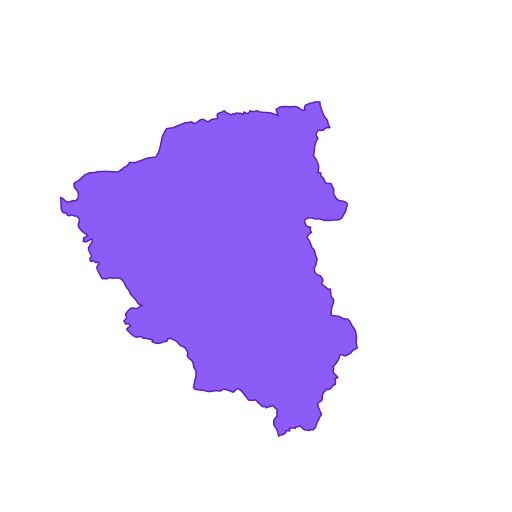 outline of Lac Son, Hòa Bình, Vietnam, rotated 141°
{"feature_id": "81297802B21968879828656", "entity_name": "Lac Son", "entity_type": "district", "adm_level": 2, "iso_a3": "VNM", "parent_name": "Vietnam", "parent_adm1": "Hòa Bình", "projection": "equal_earth", "projection_center": [105.433, 20.499], "detail": "fine", "context": "isolated", "style": "filled", "palette": "violet", "viewbox_px": 512, "rotation_deg": 141, "n_neighbors": 0, "source": "geoboundaries", "source_scale": "gbopen_adm2", "svg_char_len": 6151}
<svg xmlns="http://www.w3.org/2000/svg" viewBox="0 0 512 512"><g transform="rotate(141 256 256)"><path d="M248.5,410.2L253.5,407.9L261.3,401.5L267.3,397.3L268.5,397.3L270.7,396.0L271.6,395.9L278.6,400.4L291.0,404.5L295.3,408.2L299.9,407.1L303.0,408.0L304.7,407.7L307.4,408.0L310.2,407.9L319.2,416.1L325.6,420.9L328.8,422.4L333.3,425.6L335.6,425.9L337.2,426.8L345.2,426.3L346.9,426.4L350.8,427.1L352.1,426.7L353.6,424.3L354.1,422.8L353.8,420.3L353.9,419.0L354.1,417.8L355.1,415.9L356.7,413.9L358.9,412.6L360.2,412.4L361.9,412.8L364.0,414.8L365.9,414.7L368.7,416.6L369.4,418.1L370.0,422.3L371.0,424.3L377.8,414.9L378.2,413.9L378.5,411.7L378.3,410.4L376.4,408.6L376.8,406.2L376.6,405.7L375.7,404.8L374.0,404.2L372.8,403.1L371.9,401.2L370.3,400.0L369.9,397.6L370.0,396.5L370.7,394.9L374.4,392.3L375.3,390.9L375.6,389.5L375.7,387.6L375.7,384.9L374.2,379.3L374.2,377.4L375.1,377.9L376.1,377.9L378.8,378.6L379.6,377.0L380.8,376.4L380.9,375.9L379.4,374.1L378.5,373.7L373.0,372.8L372.8,372.1L373.5,371.1L375.6,369.5L377.5,369.5L378.6,368.3L380.2,368.3L380.9,367.9L381.9,366.6L382.5,365.1L383.8,359.7L384.1,359.2L384.5,358.9L385.9,358.8L387.0,358.1L387.5,357.4L387.7,355.8L387.3,355.3L386.1,355.2L385.3,354.8L384.8,351.8L384.4,351.3L382.7,350.9L382.5,349.7L382.6,349.1L383.0,348.7L385.3,348.2L386.4,347.7L387.3,346.7L387.8,345.4L388.9,340.8L389.8,335.2L385.6,331.8L383.8,331.6L381.2,328.9L377.9,326.6L375.7,324.1L375.2,322.9L375.0,319.2L376.1,314.9L376.4,312.9L376.4,309.2L377.4,305.8L377.4,301.5L377.0,299.5L377.2,295.3L377.6,292.8L376.1,290.2L375.8,289.2L376.9,289.8L378.4,289.9L381.2,289.9L382.0,290.3L384.6,293.2L385.7,294.0L386.4,294.2L388.6,294.1L393.4,293.2L394.2,292.4L395.3,289.7L395.9,289.1L399.2,288.7L399.7,288.2L400.0,284.9L397.9,283.8L397.5,282.5L397.4,280.6L401.3,280.8L402.6,280.6L402.6,277.8L402.3,276.2L402.1,273.7L401.3,270.6L400.1,268.1L399.7,267.8L398.6,267.8L397.7,266.7L395.7,265.7L395.4,263.0L393.8,261.9L390.7,257.8L389.3,256.6L389.2,256.0L389.3,255.3L390.3,255.2L390.7,254.9L388.6,251.0L386.3,249.3L383.6,247.9L381.4,247.6L379.5,245.9L378.2,246.2L376.4,247.2L374.9,246.3L373.9,245.0L372.4,242.4L371.4,239.4L371.1,234.2L370.4,232.5L369.0,230.2L369.1,227.0L369.7,224.2L370.6,222.9L371.5,222.5L372.4,221.3L372.6,219.1L371.8,216.0L371.8,214.0L372.1,212.7L374.1,209.2L374.9,205.7L375.2,203.6L376.5,202.7L377.6,201.1L379.3,199.8L380.1,198.8L381.2,198.3L387.4,193.1L387.1,190.6L381.0,184.1L378.7,181.1L377.6,180.0L371.9,176.6L368.7,173.5L365.4,173.2L364.8,172.8L361.8,168.8L359.8,165.0L359.2,164.4L354.8,164.9L353.6,164.4L352.8,162.9L352.2,159.4L352.4,148.8L351.7,147.9L350.4,146.7L347.1,144.5L346.6,143.2L346.6,140.7L345.8,135.4L345.4,134.4L344.0,133.8L343.7,133.3L343.7,131.8L339.2,129.9L337.2,129.3L337.1,129.0L336.7,125.6L336.1,123.4L338.6,120.9L340.3,118.4L343.3,117.9L345.5,117.1L347.2,115.3L348.4,113.3L348.7,112.3L348.8,109.1L349.4,106.8L351.7,101.8L349.5,101.4L347.6,100.3L345.9,100.0L344.2,100.0L343.0,100.8L342.3,100.9L341.8,100.7L339.9,98.9L339.5,99.4L338.8,100.9L338.5,101.0L334.9,98.9L334.1,97.4L332.6,97.9L331.8,97.6L328.3,95.6L328.1,91.5L327.3,89.9L326.2,89.1L324.5,86.8L322.8,86.7L321.5,85.3L320.7,84.9L317.7,85.4L312.4,88.8L311.1,89.0L308.0,90.6L304.8,91.7L302.6,99.3L301.5,101.7L300.4,102.9L298.0,102.4L295.6,102.5L295.0,102.8L292.1,106.0L289.5,107.3L285.6,107.9L285.0,107.9L283.9,106.7L281.4,106.0L278.4,106.9L275.1,106.4L272.6,109.2L271.7,110.9L269.0,110.1L268.8,111.0L269.3,116.5L269.0,117.3L268.1,118.4L266.4,119.7L265.8,121.6L263.0,121.8L259.1,122.8L256.3,124.0L253.2,126.2L252.5,126.2L251.8,125.8L251.2,124.9L250.1,122.6L249.0,122.0L243.4,120.9L242.2,121.4L239.7,121.6L236.1,120.9L235.2,120.9L235.0,121.2L232.8,125.5L231.5,127.1L229.1,129.4L225.9,135.1L225.4,137.9L225.1,142.2L224.4,145.1L224.2,146.5L224.3,148.9L224.6,149.4L227.3,151.9L229.3,156.4L230.1,157.6L233.3,160.7L234.8,162.8L232.2,165.9L229.1,168.6L224.8,171.3L223.2,173.2L222.9,174.3L223.2,176.1L222.9,177.6L222.4,178.5L220.5,181.3L219.0,183.3L219.1,183.6L220.4,184.3L220.8,184.9L222.1,191.2L222.3,193.0L221.7,194.0L219.8,194.5L219.2,195.1L218.9,195.9L218.3,199.2L218.5,200.1L219.7,202.0L220.5,203.7L220.5,205.3L220.2,207.2L218.2,210.0L217.6,210.4L215.8,211.0L214.4,211.9L210.4,215.3L209.6,218.4L207.1,223.6L206.9,224.9L207.3,227.0L205.0,233.9L204.8,235.0L205.0,236.9L204.6,238.1L203.2,239.2L201.8,239.5L198.1,239.5L197.4,242.3L195.5,243.9L198.0,247.4L197.5,249.4L196.5,252.3L196.2,252.8L195.5,253.3L193.4,253.3L191.5,252.7L189.7,251.5L189.0,250.8L186.4,247.4L183.1,244.7L180.3,240.5L179.8,240.0L175.1,236.3L173.8,235.8L171.5,233.9L168.6,232.0L167.3,231.6L165.0,231.7L158.1,234.5L157.1,235.0L155.8,236.4L152.8,238.2L152.4,238.9L152.4,239.6L152.3,240.5L152.6,241.5L153.5,243.4L157.3,247.7L156.9,248.3L157.5,249.4L156.6,255.4L155.4,257.0L153.9,258.5L153.3,259.9L152.9,262.4L152.1,264.6L153.3,266.2L155.8,268.5L155.5,271.0L154.6,274.0L155.1,277.3L153.5,279.5L153.8,280.6L155.3,281.8L151.5,285.4L150.3,287.3L148.4,293.4L148.4,297.4L143.4,302.1L142.4,303.4L139.3,305.9L136.2,307.7L134.2,308.1L133.6,309.8L133.2,312.5L130.2,314.3L128.1,314.4L126.1,312.4L124.8,311.5L122.8,311.4L121.0,311.6L120.3,311.3L118.6,309.7L117.7,309.5L117.4,311.3L116.4,314.0L115.0,316.7L115.2,318.5L114.8,322.6L113.5,327.2L111.1,333.1L109.4,335.5L112.6,338.3L114.2,339.0L116.1,339.4L118.0,341.0L119.9,341.1L121.5,341.9L122.4,341.9L124.2,341.5L125.1,340.6L126.2,338.6L126.6,338.7L128.6,340.8L129.8,345.2L131.6,347.7L135.8,350.6L139.4,354.0L143.3,356.6L144.6,357.0L148.2,357.2L150.5,351.4L154.5,358.0L162.6,365.6L163.1,367.2L163.8,368.1L167.6,370.1L169.5,372.7L171.0,371.7L171.6,371.6L172.5,372.0L173.9,373.0L174.2,374.8L174.7,375.3L176.9,374.2L177.3,374.5L177.4,375.4L178.0,376.3L181.4,379.5L182.0,379.8L183.5,379.5L183.8,379.7L183.9,380.7L184.3,381.1L186.3,381.3L186.8,381.6L188.9,386.3L189.2,388.4L189.5,388.9L192.3,389.4L195.3,390.5L196.3,390.6L197.4,390.1L198.7,387.8L199.6,387.2L201.3,388.0L204.0,389.8L205.2,390.1L208.5,390.4L209.4,391.2L210.8,395.0L211.6,395.9L213.7,396.9L219.0,397.0L219.7,397.2L220.6,398.1L221.8,400.9L222.5,401.4L224.5,402.2L226.7,403.9L237.0,407.2L239.7,407.8L244.9,411.0L245.4,411.2L248.5,410.2Z" fill="#8b5cf6" stroke="#5b21b6" stroke-width="1.5"/></g></svg>